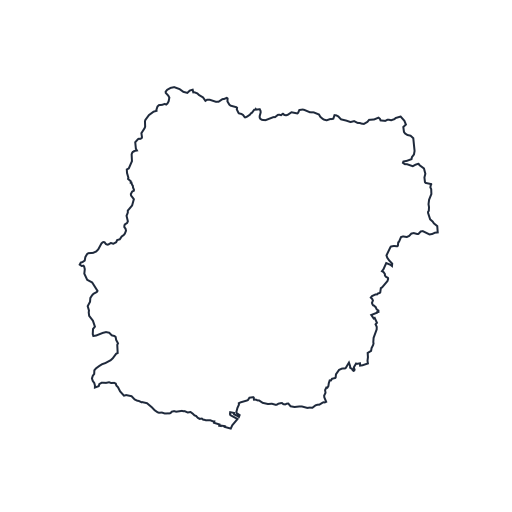 outline of Vata De Jos, Hunedoara, Romania, rotated 110°
{"feature_id": "2599482B15034378499440", "entity_name": "Vata De Jos", "entity_type": "district", "adm_level": 2, "iso_a3": "ROU", "parent_name": "Romania", "parent_adm1": "Hunedoara", "projection": "natural_earth1", "projection_center": [22.573, 46.166], "detail": "fine", "context": "isolated", "style": "outline", "palette": "slate", "viewbox_px": 512, "rotation_deg": 110, "n_neighbors": 0, "source": "geoboundaries", "source_scale": "gbopen_adm2", "svg_char_len": 6130}
<svg xmlns="http://www.w3.org/2000/svg" viewBox="0 0 512 512"><g transform="rotate(110 256 256)"><path d="M434.7,362.4L432.1,359.3L429.9,359.4L427.8,357.6L426.5,353.5L424.9,350.9L424.9,348.7L423.7,345.8L423.9,344.1L425.5,342.9L426.5,340.8L429.7,337.4L432.4,332.3L431.1,330.4L430.3,325.0L432.3,321.0L432.6,318.1L432.3,316.6L432.6,313.4L432.2,312.9L431.6,308.1L433.8,302.1L435.6,298.5L436.5,295.1L436.5,293.6L435.3,290.9L435.2,287.9L433.4,283.3L432.8,282.6L431.1,281.9L429.8,279.9L429.6,277.7L426.9,272.7L426.7,271.1L426.2,270.0L426.4,266.6L425.0,264.2L425.8,261.5L426.8,259.3L426.8,257.6L428.0,255.3L428.1,253.7L428.4,253.4L427.3,251.3L427.9,249.6L427.6,248.7L427.5,246.8L426.0,242.8L426.1,239.8L425.7,238.6L427.1,238.4L426.8,232.7L428.1,232.5L427.8,231.0L427.4,231.1L426.6,227.4L426.6,226.9L427.3,226.9L426.8,220.7L423.1,220.4L415.5,217.6L414.3,225.6L413.4,226.4L411.6,226.8L411.0,222.9L412.1,222.6L412.3,222.1L412.6,219.2L413.1,217.0L411.1,217.0L410.3,220.4L409.3,221.1L405.1,221.5L401.6,221.2L400.2,221.8L398.7,220.3L394.9,215.1L394.1,214.3L391.4,213.7L389.6,210.3L389.8,209.7L391.7,208.8L391.0,206.8L391.2,205.3L390.7,203.7L391.7,199.5L391.0,194.1L389.4,190.6L389.1,186.5L388.6,185.6L387.1,184.4L385.7,182.2L385.3,181.3L385.9,179.6L385.5,177.8L384.2,176.5L383.6,175.2L385.4,172.1L384.7,168.1L382.7,164.1L381.7,161.4L381.2,155.8L380.1,153.7L379.3,151.1L376.0,149.0L374.7,147.3L374.0,145.6L371.1,143.3L370.4,142.6L370.1,141.3L369.0,140.2L365.4,143.5L363.9,144.2L360.8,143.9L358.4,145.2L355.5,144.9L355.4,143.9L353.5,143.5L350.6,144.1L347.7,144.2L347.3,143.0L345.4,142.6L343.5,139.8L343.0,139.6L339.8,140.4L334.6,139.0L332.3,136.6L331.2,133.9L330.6,133.4L324.4,132.2L327.3,129.9L328.8,129.3L329.4,126.8L330.1,126.3L330.6,125.1L330.0,124.5L329.1,124.5L327.2,126.0L322.8,125.2L322.8,124.2L321.3,121.6L323.4,120.7L322.3,118.6L318.7,114.1L316.3,115.4L312.8,116.2L308.9,117.9L305.8,115.4L303.0,115.9L299.6,115.5L297.8,115.7L296.9,116.3L292.7,117.5L283.7,117.5L281.3,118.3L279.3,120.3L277.4,119.5L273.6,123.3L274.5,124.0L272.0,127.5L267.9,122.9L267.3,123.0L266.7,121.8L265.4,122.3L264.9,124.3L262.9,126.3L262.8,127.2L262.3,127.8L262.3,129.1L261.5,130.1L260.4,131.0L257.9,130.9L256.7,132.0L255.8,133.9L254.0,133.3L251.3,130.6L250.6,129.0L249.5,128.6L248.4,127.1L247.7,126.8L243.5,127.7L242.4,126.8L234.6,123.9L232.3,124.0L231.4,124.6L231.1,126.8L230.2,128.2L228.9,128.7L227.5,130.6L227.2,132.4L224.9,131.7L218.1,131.2L218.3,126.6L218.9,124.8L216.6,125.4L214.6,129.4L212.7,132.1L210.8,133.6L201.7,132.7L200.9,132.4L199.4,129.8L198.6,126.7L197.8,126.2L194.5,127.0L193.8,126.5L188.6,126.2L187.3,124.5L186.6,120.8L184.7,118.9L181.8,117.7L180.5,115.6L180.2,112.0L179.7,110.9L176.6,109.6L175.6,107.8L176.4,100.3L175.0,97.9L172.9,95.8L171.7,93.3L165.9,95.9L164.5,100.0L163.2,101.8L162.0,104.9L156.6,109.1L155.7,109.4L154.4,109.1L151.0,110.1L148.3,111.6L143.9,112.6L137.8,112.4L133.3,114.2L131.9,115.6L129.8,116.0L128.9,115.8L128.5,116.0L128.6,116.6L129.3,121.6L128.8,122.5L124.6,124.6L120.8,125.0L116.3,128.1L114.7,133.5L114.0,134.3L113.8,135.0L115.7,137.4L118.0,139.4L118.1,145.5L118.8,147.6L118.2,149.8L116.8,149.8L115.0,146.8L111.8,143.0L109.7,143.3L106.6,142.3L103.1,142.9L91.5,148.5L90.1,151.9L90.5,155.1L89.9,157.8L88.8,159.4L84.4,161.7L81.2,160.1L78.2,162.8L75.5,167.8L78.6,172.0L80.0,172.7L82.2,175.4L82.5,177.7L83.0,179.1L84.8,180.7L86.0,185.3L84.7,186.5L84.1,188.2L87.3,191.7L89.4,196.3L91.9,197.2L95.0,199.8L95.5,202.1L95.5,203.8L96.2,206.1L95.7,209.9L97.8,213.0L97.9,217.5L98.5,222.9L96.7,226.4L96.4,228.7L96.8,230.4L100.5,230.3L101.4,231.6L102.0,233.2L104.3,236.0L104.6,238.7L104.3,240.3L103.2,243.2L101.5,245.2L101.3,250.9L102.5,254.5L102.2,260.6L102.4,262.2L104.0,265.2L107.0,265.4L107.9,265.9L108.8,271.8L112.5,274.5L113.5,275.9L113.8,277.7L113.1,279.0L113.2,279.5L115.1,280.6L115.3,282.5L115.9,283.7L119.0,285.6L119.6,287.2L125.1,293.5L125.7,295.6L126.0,296.9L125.7,298.7L124.8,299.8L123.3,300.4L119.6,300.7L118.2,301.3L116.8,302.7L118.4,305.9L118.0,306.5L118.6,306.6L119.2,307.7L122.8,308.8L123.7,309.6L125.2,310.0L128.0,312.0L129.3,313.3L129.5,314.0L127.9,316.4L127.5,318.3L127.8,320.8L127.5,321.4L124.8,324.2L123.2,324.5L122.9,325.3L123.4,331.3L122.9,332.8L120.5,335.7L117.7,336.6L117.4,337.6L119.3,339.6L120.1,341.2L123.8,343.9L124.8,346.4L125.0,352.9L125.9,355.4L127.5,356.6L125.1,360.0L124.2,364.7L123.3,366.7L123.2,369.7L123.7,370.9L121.4,372.4L123.2,374.8L126.2,376.3L126.6,380.4L125.3,384.9L125.3,390.6L127.2,393.7L130.2,396.3L132.5,397.1L133.6,396.6L135.3,393.3L136.8,391.6L140.6,391.0L143.0,391.4L144.4,392.2L144.3,393.7L146.1,396.0L147.4,398.8L149.2,399.7L152.6,399.6L153.6,399.1L155.4,401.6L160.2,404.8L166.0,406.5L167.4,406.4L172.4,404.4L173.9,404.4L179.8,405.7L183.3,403.8L184.1,403.7L185.1,404.4L185.7,405.1L185.8,406.1L186.5,406.8L190.4,408.4L196.2,405.6L197.6,404.0L199.0,406.4L199.6,406.5L200.3,407.4L201.8,407.7L203.1,407.6L209.3,405.0L217.2,405.5L218.9,407.0L222.1,405.6L226.1,402.7L227.3,402.6L228.6,399.3L230.0,398.8L229.7,398.1L231.3,397.0L232.1,395.8L233.8,394.9L235.4,393.4L236.4,393.1L237.8,394.4L240.6,394.8L241.9,394.1L244.4,390.2L250.9,389.7L257.2,392.0L259.1,391.3L262.5,391.4L267.2,388.3L269.0,388.4L271.3,390.1L272.9,390.0L274.0,389.5L274.9,388.0L276.7,386.8L279.9,386.9L281.6,387.5L283.6,388.9L286.9,389.7L288.5,391.9L290.9,392.1L293.3,394.3L293.4,396.8L295.7,398.7L296.2,399.6L296.1,401.2L294.9,403.0L295.1,404.2L295.7,404.8L297.0,405.5L303.7,406.5L306.4,407.7L308.8,410.2L310.7,414.5L312.0,415.4L315.3,416.0L318.9,415.4L321.1,417.0L322.1,418.4L324.4,418.7L325.0,416.3L324.1,414.8L324.7,413.9L326.9,412.4L331.3,411.3L336.1,406.5L336.9,400.9L343.0,393.0L344.3,393.3L347.1,395.8L349.0,396.6L352.1,397.3L355.8,396.3L360.7,397.0L364.4,394.3L366.2,393.9L369.3,392.3L372.6,387.1L377.5,383.2L380.3,384.2L385.2,382.7L386.8,381.5L385.4,379.0L380.6,373.6L378.8,370.9L378.3,367.7L379.9,364.4L379.6,361.6L380.1,360.2L382.7,358.7L385.3,355.8L386.9,356.0L394.5,352.8L395.7,354.0L401.1,355.6L403.6,356.9L408.1,360.9L410.3,363.6L413.0,365.7L416.3,367.9L418.7,368.8L422.2,367.7L424.3,368.4L427.1,368.3L429.2,366.7L430.7,364.5L432.9,363.0L434.7,362.4Z" fill="none" stroke="#1e293b" stroke-width="2"/></g></svg>